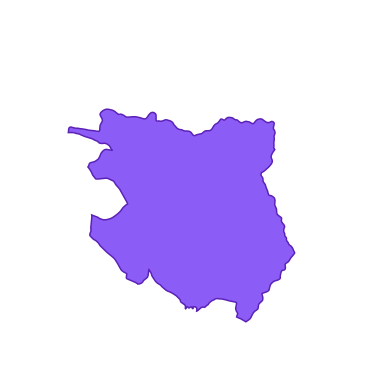 outline of Meo Vac, Hà Giang, Vietnam, rotated 316°
{"feature_id": "81297802B2489932619372", "entity_name": "Meo Vac", "entity_type": "district", "adm_level": 2, "iso_a3": "VNM", "parent_name": "Vietnam", "parent_adm1": "Hà Giang", "projection": "albers", "projection_center": [105.434, 23.152], "detail": "fine", "context": "isolated", "style": "filled", "palette": "violet", "viewbox_px": 384, "rotation_deg": 316, "n_neighbors": 0, "source": "geoboundaries", "source_scale": "gbopen_adm2", "svg_char_len": 6067}
<svg xmlns="http://www.w3.org/2000/svg" viewBox="0 0 384 384"><g transform="rotate(316 192 192)"><path d="M281.0,219.0L281.6,216.9L282.9,215.8L285.6,212.9L287.4,211.6L288.3,210.7L289.1,209.6L289.9,208.8L292.7,207.3L293.4,206.3L294.1,205.1L294.3,203.6L294.8,202.7L296.1,201.6L297.2,201.0L298.5,200.0L299.1,199.3L299.1,197.9L298.7,197.0L298.2,196.5L296.2,195.8L294.9,194.9L294.1,193.9L293.6,192.0L293.0,188.3L292.2,187.1L291.1,186.2L289.8,185.5L288.3,185.1L286.5,185.2L284.5,185.5L283.9,185.5L283.1,184.9L282.4,183.3L282.0,181.6L280.0,178.7L278.9,178.0L277.4,177.5L276.1,176.9L275.4,176.2L275.1,175.6L274.7,173.8L274.7,172.4L274.5,171.5L273.3,170.0L273.0,169.2L272.8,167.4L272.2,166.1L271.1,164.7L269.6,163.3L268.0,162.9L265.6,162.9L265.0,162.6L264.0,160.1L263.4,159.6L262.8,159.6L260.2,160.1L258.7,160.2L257.2,159.9L255.8,159.5L255.0,159.4L253.0,159.7L250.3,160.5L248.4,160.5L247.8,160.4L246.2,159.2L244.8,157.8L243.1,157.0L241.3,156.9L240.0,156.8L239.0,156.4L235.9,154.5L234.4,153.8L233.2,153.4L232.8,153.0L232.4,152.1L232.3,151.4L232.7,148.8L232.6,147.8L232.2,146.4L230.9,144.8L229.1,143.0L228.4,141.7L227.9,140.1L226.7,138.7L225.9,137.1L225.6,136.1L225.7,131.4L226.4,128.5L226.2,127.0L225.7,125.6L223.9,122.4L223.0,121.6L221.3,120.8L220.2,120.4L219.2,119.9L218.6,119.3L217.6,117.9L216.1,116.7L215.8,116.1L215.9,115.8L216.5,114.9L219.3,112.0L220.0,111.0L220.0,109.3L219.6,108.1L218.7,107.1L217.5,106.5L216.1,106.4L214.4,106.5L211.2,107.2L210.1,107.2L209.2,106.9L208.6,106.4L207.7,105.2L206.7,103.2L204.6,99.9L203.5,98.5L201.8,96.8L199.4,94.9L196.9,92.7L196.5,91.2L196.3,89.9L195.5,87.5L194.9,86.6L193.9,85.8L193.0,85.0L192.9,84.5L192.4,80.2L191.7,78.1L189.7,74.9L188.8,73.8L187.4,72.6L185.6,71.9L183.8,71.5L181.9,71.5L180.5,71.8L179.8,72.3L179.3,73.0L178.0,77.2L177.2,78.3L176.6,78.8L173.7,79.6L172.1,80.3L168.6,83.3L168.0,83.6L167.1,83.7L165.5,81.8L164.3,80.1L162.5,78.0L160.3,75.3L159.0,73.2L157.3,70.9L155.9,69.2L154.2,66.9L152.3,64.9L150.2,61.4L149.6,60.8L148.7,60.5L147.9,60.6L146.8,61.2L145.4,62.5L144.3,63.3L147.0,65.9L148.6,67.8L149.4,69.5L151.2,72.0L151.7,73.5L153.2,77.1L154.6,79.7L156.5,83.1L157.5,85.2L158.0,87.1L158.9,89.0L159.2,89.9L159.3,92.1L159.9,93.4L161.3,94.9L163.0,96.2L163.8,97.5L164.3,98.7L164.6,100.6L164.7,101.4L164.5,102.5L163.7,105.0L163.7,106.1L163.8,107.0L162.9,105.7L162.0,104.8L161.6,104.0L160.1,101.9L159.3,101.3L158.3,100.8L156.3,100.6L154.4,100.8L153.4,101.0L150.7,102.2L148.9,102.8L147.5,103.2L144.4,102.8L142.5,102.3L141.7,101.7L139.9,100.7L138.8,100.3L138.2,100.2L135.9,101.3L134.5,101.7L134.2,104.5L133.5,107.6L132.3,111.0L131.9,115.0L131.9,115.9L133.8,117.7L139.6,122.2L140.8,123.6L143.1,129.5L143.1,130.2L142.9,131.3L142.3,133.7L142.0,139.5L138.3,153.5L137.6,155.6L137.2,155.8L135.0,155.4L131.6,155.3L127.2,156.1L123.9,156.1L120.7,155.8L117.6,155.3L115.6,154.8L113.1,153.6L112.2,153.0L110.5,152.0L108.8,150.2L107.1,146.9L106.7,144.8L103.9,138.8L102.8,140.2L94.4,147.4L92.5,149.6L92.1,150.0L90.0,150.9L88.8,151.8L88.4,152.2L88.2,153.0L88.2,156.7L88.4,158.1L89.0,160.0L89.2,161.9L89.2,163.8L88.6,166.7L88.9,176.0L89.1,178.3L89.6,182.0L89.9,185.6L89.6,187.9L88.7,192.2L87.6,196.0L87.0,198.6L86.9,199.8L87.3,202.2L88.0,204.1L88.3,205.5L85.3,207.9L84.9,208.7L85.0,209.4L87.4,215.1L88.6,218.1L89.1,220.0L89.0,220.5L90.3,221.6L91.7,222.2L92.6,222.5L93.8,222.5L95.5,222.1L96.8,222.1L99.4,222.4L100.9,222.3L102.7,221.4L106.1,218.6L107.1,218.0L106.4,221.5L105.2,224.1L104.7,225.3L103.7,230.9L103.8,233.4L104.1,234.9L104.5,236.1L104.7,237.1L104.6,239.4L105.0,244.0L105.3,245.3L105.8,246.8L106.5,248.1L107.6,251.3L108.2,253.9L108.6,255.8L108.7,260.0L108.6,261.0L108.4,261.7L107.9,262.5L107.6,263.4L107.6,264.1L107.9,265.3L108.1,266.7L108.4,267.6L108.3,268.5L108.1,269.2L107.7,269.8L107.2,270.4L106.6,270.8L106.3,271.1L106.3,271.6L107.3,271.5L107.9,271.1L108.4,271.0L108.8,271.1L109.0,271.3L109.0,272.8L109.1,273.1L109.8,273.6L110.5,273.6L111.1,273.7L111.5,274.0L111.7,274.3L111.7,274.8L111.4,276.0L111.5,276.3L111.7,276.5L112.2,276.4L112.6,275.6L112.9,275.3L113.3,275.5L114.0,276.2L114.7,277.2L114.8,277.9L114.7,278.7L114.2,279.6L112.6,280.9L113.5,281.3L118.2,281.5L118.9,281.7L119.6,282.1L120.2,282.6L120.8,283.6L121.2,283.8L124.0,283.9L125.4,284.2L126.7,283.8L128.5,283.8L130.2,283.9L133.6,285.0L134.5,285.0L136.2,286.2L137.4,287.9L139.0,289.5L141.1,292.6L143.0,295.9L147.0,301.8L147.0,302.1L146.9,302.9L144.8,304.5L142.9,305.7L142.3,306.4L141.3,308.1L140.6,310.9L140.1,311.4L137.6,312.6L137.3,312.8L137.4,313.4L139.0,317.1L140.6,322.8L143.2,323.3L145.8,323.5L147.5,323.1L150.7,321.9L152.5,321.5L154.2,321.4L157.6,321.9L158.3,321.8L159.7,320.9L161.3,319.5L162.6,319.0L165.6,319.0L167.2,319.0L168.1,318.6L169.6,317.2L171.3,314.3L171.7,313.7L171.9,313.6L176.4,315.7L178.0,316.1L178.8,316.1L179.5,315.9L182.0,314.3L184.1,313.2L185.6,313.0L187.1,312.9L189.4,313.3L191.9,314.6L193.3,315.2L194.7,315.5L195.3,315.4L195.9,315.1L196.7,314.2L197.8,313.2L200.5,311.5L201.4,311.2L202.2,311.1L202.8,311.3L204.3,312.2L205.3,312.2L206.4,311.6L207.5,310.3L208.2,309.2L208.7,308.8L209.2,308.6L210.6,308.7L212.1,309.0L213.2,309.1L217.6,308.0L220.8,307.7L222.8,307.4L223.7,307.0L224.3,304.9L225.1,303.0L225.5,301.6L225.7,299.9L225.4,298.7L225.3,297.5L225.4,296.7L226.1,294.8L226.2,293.3L226.5,292.5L227.0,291.6L228.0,290.7L228.2,289.8L228.2,288.7L228.4,288.0L228.6,287.6L229.3,286.9L229.8,286.2L230.4,284.4L231.1,283.6L232.5,282.3L234.1,281.6L234.8,281.0L235.1,280.3L235.4,279.2L235.5,277.3L235.8,275.7L236.2,275.0L236.8,274.3L238.3,273.1L238.4,271.8L237.9,269.1L237.8,267.4L238.2,266.4L238.5,265.7L239.5,264.7L241.1,262.7L242.2,259.5L242.8,258.5L244.2,257.2L245.8,255.8L246.9,254.0L247.1,253.0L246.9,251.2L246.4,249.7L245.5,248.3L245.2,247.8L245.2,247.4L245.5,246.6L246.3,245.0L246.9,244.1L248.5,240.1L249.9,237.4L250.4,234.0L252.6,231.2L252.8,230.5L252.9,229.5L253.3,227.8L255.2,226.3L257.4,226.9L259.7,227.2L261.4,227.2L263.3,227.3L265.5,227.3L268.7,226.9L270.1,226.4L271.1,225.7L271.6,225.2L271.9,224.6L272.8,222.5L273.1,221.9L273.6,221.4L275.1,220.5L276.2,220.1L277.8,219.6L281.0,219.0Z" fill="#8b5cf6" stroke="#5b21b6" stroke-width="1.5"/></g></svg>